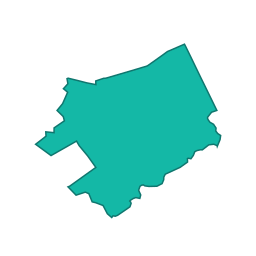 outline of New London, Connecticut, United States of America, rotated 332°
{"feature_id": "52423323B44598433292078", "entity_name": "New London", "entity_type": "district", "adm_level": 2, "iso_a3": "USA", "parent_name": "United States of America", "parent_adm1": "Connecticut", "projection": "natural_earth1", "projection_center": [-72.11, 41.496], "detail": "fine", "context": "isolated", "style": "filled", "palette": "teal", "viewbox_px": 256, "rotation_deg": 332, "n_neighbors": 0, "source": "geoboundaries", "source_scale": "gbopen_adm2", "svg_char_len": 1349}
<svg xmlns="http://www.w3.org/2000/svg" viewBox="0 0 256 256"><g transform="rotate(332 128 128)"><path d="M216.8,94.7L217.2,82.3L217.2,80.5L198.7,79.0L191.8,80.0L174.7,82.2L173.2,82.1L167.9,81.0L166.2,80.7L131.7,73.6L129.9,72.7L121.6,71.3L120.0,74.6L112.8,68.8L105.8,62.4L98.5,55.9L97.3,55.8L95.7,60.7L89.4,63.0L91.5,68.1L81.7,75.8L73.6,79.2L76.2,87.5L75.2,91.8L62.8,93.2L60.5,97.4L53.6,92.8L51.8,96.7L48.7,97.3L38.8,99.0L47.1,116.2L76.4,115.4L76.6,120.7L79.3,133.8L81.1,147.7L49.2,152.0L47.4,151.8L50.6,162.9L60.2,164.6L62.6,167.6L61.7,176.4L64.4,178.8L69.6,184.7L69.5,194.0L71.6,199.4L73.6,198.5L75.3,199.9L77.9,200.2L92.7,198.5L95.3,196.1L95.6,194.7L95.2,193.3L96.0,193.0L99.5,192.7L102.2,193.1L105.4,195.7L107.8,193.1L108.1,188.4L108.5,187.6L111.2,185.1L113.0,184.9L114.7,185.4L114.8,185.4L115.7,187.0L119.0,189.4L126.2,193.0L132.0,193.1L134.3,191.2L135.2,190.5L136.6,188.1L139.2,186.3L139.8,186.3L155.7,187.2L164.6,186.0L166.1,182.9L166.7,182.9L166.9,182.9L169.1,184.7L172.8,182.9L175.8,180.3L178.2,180.3L181.6,181.2L182.0,181.4L183.4,182.2L191.4,180.8L196.1,182.6L198.4,185.4L198.2,186.1L203.8,181.5L206.3,178.1L204.6,175.0L204.1,171.8L205.7,169.4L205.4,166.4L205.3,164.9L203.0,161.3L202.6,157.8L202.9,156.5L203.6,155.7L209.2,153.3L214.7,154.2L215.7,124.8L215.9,117.8L216.8,94.7Z" fill="#14b8a6" stroke="#0f766e" stroke-width="1.5"/></g></svg>